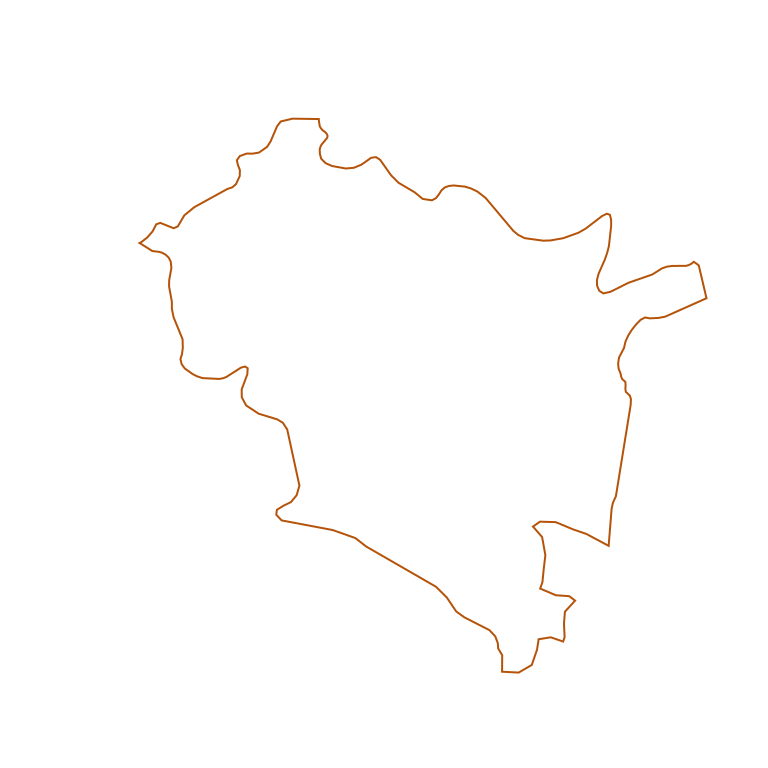 Maseru, Mercator projection, rotated 19°
{"feature_id": "LSO-1203", "entity_name": "Maseru", "entity_type": "District", "adm_level": 1, "iso_a3": "LSO", "parent_name": "Lesotho", "parent_adm1": "", "projection": "mercator", "projection_center": [27.777, -29.596], "detail": "fine", "context": "isolated", "style": "outline", "palette": "amber", "viewbox_px": 768, "rotation_deg": 19, "n_neighbors": 0, "source": "natural_earth", "source_scale": "10m", "svg_char_len": 2601}
<svg xmlns="http://www.w3.org/2000/svg" viewBox="0 0 768 768"><g transform="rotate(19 384 384)"><path d="M134.4,305.2L137.7,302.2L140.3,289.5L147.1,278.5L172.5,250.5L176.6,247.4L179.0,243.2L179.9,234.3L178.1,228.7L174.5,224.4L172.0,220.3L173.5,215.4L179.0,210.9L184.7,209.0L190.4,205.9L196.3,197.8L197.8,191.4L199.0,175.1L200.9,169.4L211.1,162.9L236.1,154.7L236.5,155.8L239.3,161.2L241.0,162.7L243.4,164.1L246.4,165.0L248.8,166.4L249.9,167.9L250.1,169.9L247.1,177.7L246.7,179.9L246.8,183.1L248.5,187.3L251.2,191.4L256.9,194.2L263.9,194.8L277.6,192.7L285.1,189.4L291.2,184.0L298.3,174.2L302.6,172.1L307.4,173.3L322.8,184.4L332.2,189.0L350.4,192.7L360.4,196.4L369.5,194.7L372.6,191.4L374.2,186.8L375.2,182.5L377.3,178.6L380.6,175.8L385.2,173.6L396.4,171.0L402.7,170.8L409.6,171.6L419.5,175.0L456.6,197.2L462.2,199.3L469.5,200.3L487.7,196.7L494.4,194.2L506.0,187.8L518.7,177.6L524.1,171.4L535.5,154.2L539.3,150.4L542.5,150.5L545.3,154.8L547.3,160.6L551.8,180.6L552.3,187.2L552.3,194.4L551.0,209.9L551.5,216.4L553.4,221.6L557.2,225.8L561.9,226.9L568.1,223.1L582.2,208.7L602.0,193.1L609.1,184.3L613.2,181.0L617.9,178.6L631.2,173.9L633.5,172.3L635.6,170.1L637.1,167.6L640.4,168.5L643.0,169.4L661.0,197.9L627.7,229.0L621.7,232.3L613.9,235.4L609.2,236.1L605.7,239.8L602.9,245.7L600.6,252.4L599.2,258.4L598.5,265.0L599.2,272.0L597.6,282.4L598.7,288.4L600.7,292.9L604.2,297.0L606.0,300.0L607.6,301.8L611.5,303.4L612.8,306.4L613.8,310.0L615.2,312.7L620.2,314.9L622.4,317.9L624.0,323.3L639.8,414.6L639.1,421.9L639.9,428.1L649.1,463.9L624.2,459.9L610.3,459.9L591.3,458.7L576.3,463.4L571.3,470.3L583.3,477.2L592.3,493.3L595.3,507.1L598.3,519.7L598.3,526.6L615.2,527.8L628.2,524.3L635.2,526.6L629.2,540.4L632.2,552.0L637.2,564.6L637.2,569.2L624.2,569.2L613.3,575.0L615.2,585.4L615.2,601.5L605.3,613.0L589.3,617.6L584.1,602.0L578.0,596.8L576.0,592.0L571.4,586.4L563.8,582.4L536.1,578.5L526.4,575.6L512.9,565.4L499.2,558.8L420.2,543.5L407.0,539.0L382.9,538.8L331.6,546.3L324.7,542.7L323.7,537.8L328.5,531.9L334.5,525.9L337.6,517.6L337.1,507.6L307.3,458.5L301.0,453.6L294.6,452.2L275.2,452.9L260.7,449.2L253.8,442.8L251.2,435.4L251.6,419.3L250.0,413.5L247.0,412.7L243.4,415.1L232.8,428.5L230.2,430.8L226.7,432.8L210.5,437.5L204.6,437.6L199.8,436.9L190.6,434.2L186.2,431.1L183.4,426.7L183.3,421.6L182.0,415.3L179.0,407.3L163.4,389.5L159.0,382.1L156.6,375.2L149.0,361.7L147.1,355.8L145.2,343.5L142.5,337.7L139.4,334.7L135.6,332.9L131.5,332.1L128.3,332.3L121.6,333.7L108.5,330.6L107.0,330.3L108.4,328.8L112.4,322.6L115.5,315.1L116.7,307.1L120.0,304.5L134.4,305.2Z" fill="none" stroke="#b45309" stroke-width="2"/></g></svg>